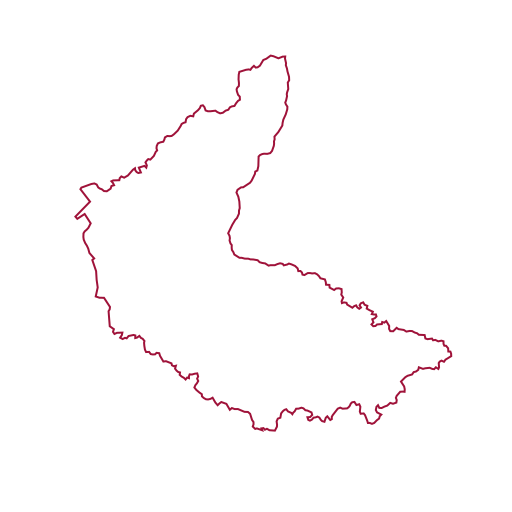 Laguna Carapã, Mato Grosso do Sul, Brazil, rotated 346°
{"feature_id": "56859067B87570138131055", "entity_name": "Laguna Carapã", "entity_type": "district", "adm_level": 2, "iso_a3": "BRA", "parent_name": "Brazil", "parent_adm1": "Mato Grosso do Sul", "projection": "mercator", "projection_center": [-55.09, -22.652], "detail": "fine", "context": "isolated", "style": "outline", "palette": "rose", "viewbox_px": 512, "rotation_deg": 346, "n_neighbors": 0, "source": "geoboundaries", "source_scale": "gbopen_adm2", "svg_char_len": 6105}
<svg xmlns="http://www.w3.org/2000/svg" viewBox="0 0 512 512"><g transform="rotate(346 256 256)"><path d="M421.7,398.0L421.5,395.8L419.5,395.2L420.1,392.0L418.7,389.1L417.0,388.6L416.7,386.6L417.3,384.1L415.4,383.0L412.2,382.9L409.7,380.8L407.4,380.6L406.8,378.7L402.3,378.2L400.4,377.0L400.5,373.5L394.9,371.8L393.7,370.0L391.4,368.6L389.3,366.6L387.0,365.9L383.6,365.7L381.5,363.5L376.5,361.4L375.1,359.7L370.9,362.2L368.1,361.4L367.5,358.9L368.3,356.1L366.6,350.6L364.4,351.7L362.5,350.6L361.6,352.5L356.9,351.7L355.0,352.8L352.8,352.5L351.5,350.3L353.9,348.8L353.5,345.5L356.3,345.1L358.3,343.8L358.2,341.7L356.5,341.4L354.3,340.4L355.9,338.3L353.0,336.0L350.7,333.8L352.0,331.3L349.6,329.6L348.8,326.9L346.2,327.3L344.6,328.9L345.4,331.4L343.4,332.2L341.8,330.3L341.2,328.1L339.1,328.4L337.0,329.5L332.7,325.2L332.5,323.3L330.1,322.3L328.0,322.5L328.1,320.6L330.6,317.4L329.4,314.1L330.4,312.1L331.0,308.8L328.6,307.4L325.9,306.9L323.6,307.9L319.8,304.5L320.2,301.8L317.0,300.8L317.4,298.3L317.2,295.4L313.1,293.2L312.3,290.9L310.9,288.6L309.0,286.9L306.2,286.5L304.3,285.6L302.0,285.1L298.4,286.2L296.6,285.3L296.6,283.1L295.5,281.3L293.4,280.9L293.4,278.1L291.5,275.1L288.4,272.7L286.1,271.3L284.3,271.8L280.7,271.8L280.0,270.1L277.6,268.9L274.9,269.0L272.0,269.5L267.7,268.4L265.9,268.4L263.1,265.4L260.4,264.3L258.0,262.9L256.6,260.5L252.5,258.7L249.7,257.9L248.0,256.8L244.4,255.8L241.7,254.3L239.5,253.7L235.3,249.3L235.0,246.9L234.1,244.3L234.4,242.1L235.1,239.5L234.3,237.7L234.1,234.6L235.0,232.4L235.2,230.0L234.5,227.2L240.6,219.9L244.6,215.9L246.7,214.6L249.7,210.8L250.5,207.8L251.8,205.6L253.0,199.2L253.2,194.2L252.4,189.7L254.1,187.3L258.1,185.8L260.2,186.2L267.9,183.5L270.0,181.8L274.8,176.1L275.7,173.9L278.0,173.4L280.0,169.4L282.6,160.1L284.4,159.0L286.7,158.6L288.6,158.7L291.6,159.6L294.7,159.6L297.0,157.9L299.9,153.5L300.7,151.5L301.2,149.1L302.3,147.3L302.8,144.6L307.6,141.2L313.1,135.8L314.0,133.3L315.5,130.3L319.1,125.8L321.8,121.3L322.6,118.7L321.7,116.1L321.5,114.2L322.8,112.4L324.8,108.4L325.0,106.4L325.8,104.7L327.7,101.8L328.8,95.4L330.7,93.5L331.4,90.1L331.2,84.5L331.4,81.5L331.1,78.1L331.8,76.2L331.9,71.4L332.6,69.5L330.1,69.0L325.6,69.6L321.3,66.4L318.7,65.1L313.8,67.1L310.5,67.6L305.8,72.3L303.2,73.3L301.3,73.1L300.0,71.0L297.3,72.5L295.6,74.0L294.1,73.2L291.3,72.9L284.4,73.3L283.1,75.9L281.8,80.4L281.3,84.1L280.5,86.9L278.6,88.1L277.5,89.5L277.3,91.6L277.6,95.3L278.8,97.4L278.2,100.5L276.1,101.1L273.6,103.0L271.4,105.2L268.7,105.0L266.7,105.4L264.5,107.4L261.7,107.6L258.5,109.0L255.7,108.9L253.3,107.0L251.8,105.2L246.6,104.5L244.3,103.9L242.3,102.6L242.0,99.1L240.9,96.9L238.8,96.9L237.3,98.9L235.0,100.5L230.2,102.8L228.9,105.3L226.2,104.1L223.2,104.7L221.3,106.3L220.0,109.2L217.9,109.3L215.8,109.9L214.3,111.7L210.4,115.4L205.7,118.1L203.2,119.1L201.4,118.9L199.0,118.1L196.3,118.9L195.3,120.8L193.7,122.7L190.7,122.6L188.1,123.0L186.3,125.2L185.5,127.4L185.6,129.7L184.0,130.6L181.1,134.2L176.8,136.9L174.9,135.9L173.2,136.9L171.4,138.4L172.0,141.7L170.9,143.7L169.6,141.6L163.7,141.9L164.5,147.1L161.9,147.0L160.5,145.7L159.6,143.7L159.8,141.6L157.5,142.5L151.2,146.9L147.0,148.1L144.6,146.2L142.6,147.5L141.7,149.4L135.7,148.1L133.8,148.5L134.9,150.6L135.4,153.0L132.7,153.1L131.2,155.5L126.9,157.1L124.2,156.2L122.5,153.9L120.8,152.8L119.5,151.3L118.7,148.1L116.7,146.5L113.6,146.3L103.1,147.4L101.8,148.7L108.1,163.1L90.3,174.1L91.6,176.7L99.9,173.8L103.5,184.3L100.2,188.1L98.1,189.5L95.7,190.7L94.1,192.3L93.1,195.8L92.8,198.4L93.4,202.1L94.4,205.1L95.0,208.2L95.1,212.8L98.4,219.2L96.2,220.3L97.2,232.0L95.6,240.6L94.8,248.2L90.7,256.5L94.0,258.6L98.4,259.8L102.0,270.1L101.1,272.4L99.6,273.9L97.1,288.8L100.4,292.6L98.9,295.0L99.8,297.4L102.5,296.9L107.8,298.0L106.7,300.3L104.4,302.4L106.5,304.3L109.1,303.7L110.6,304.6L113.0,302.8L118.1,303.0L119.7,303.9L119.0,306.4L120.8,306.4L123.5,305.3L124.5,307.6L126.0,308.9L127.2,311.5L126.4,313.1L125.9,316.2L125.6,319.9L126.1,322.6L129.1,323.2L130.1,325.7L132.1,326.6L134.3,327.0L136.1,325.9L138.6,326.9L138.7,329.6L140.6,336.0L143.2,336.3L148.0,339.7L148.0,341.7L149.6,343.1L151.7,343.1L150.2,345.7L151.2,348.0L152.4,349.7L154.1,350.6L153.2,352.8L154.6,354.9L156.6,356.8L157.8,358.8L159.8,357.3L161.4,358.3L161.8,356.5L163.0,354.8L165.2,355.5L168.1,355.4L170.6,355.7L170.7,358.9L169.2,360.8L169.7,363.3L167.9,365.2L165.9,366.7L164.4,368.7L165.7,371.5L168.0,374.7L170.0,377.0L169.6,379.1L171.0,381.2L172.8,382.9L174.8,383.6L177.4,383.6L179.6,383.0L181.1,388.3L182.7,391.5L184.7,390.3L187.0,389.3L191.5,392.3L193.4,398.9L195.8,397.7L198.3,399.4L201.4,400.1L207.1,404.4L210.5,405.4L212.1,407.7L212.5,414.1L213.4,416.5L212.9,418.7L211.6,420.7L213.4,423.6L215.1,423.5L219.9,426.6L219.6,424.6L221.6,424.8L222.6,426.7L224.8,426.3L226.9,428.3L232.1,430.0L235.0,426.7L235.6,424.9L236.0,421.4L237.8,419.1L240.5,418.8L242.3,414.8L244.5,413.1L246.4,412.2L248.3,412.0L249.4,414.5L252.2,416.7L253.0,418.3L254.2,417.0L255.9,416.1L258.0,413.9L260.4,414.4L263.4,414.2L265.2,415.3L266.6,417.6L268.5,418.4L272.0,421.2L272.1,423.8L269.5,425.4L266.9,424.9L267.1,427.7L268.5,428.8L270.6,428.3L272.7,426.8L275.1,427.0L276.8,426.7L278.4,428.1L279.2,430.6L280.2,432.2L282.3,433.4L284.6,429.8L286.4,428.8L288.4,433.1L290.1,432.6L290.6,430.4L291.9,429.0L298.4,423.9L301.0,423.5L303.1,425.1L307.5,425.9L309.2,425.2L310.7,424.1L312.3,422.1L313.9,421.2L316.2,421.4L317.4,424.9L320.3,424.8L320.8,427.5L319.1,432.1L319.4,434.4L322.4,434.8L323.3,436.8L324.1,442.9L324.2,445.1L326.0,445.5L327.9,446.9L330.3,446.6L333.5,444.6L336.1,443.5L337.3,441.4L339.2,440.2L335.6,437.0L335.0,434.4L336.4,431.5L338.3,430.3L338.9,433.2L341.1,433.9L344.2,433.2L347.2,432.9L350.7,431.0L353.2,432.5L356.7,432.2L357.7,429.8L357.4,427.5L358.7,425.7L363.1,422.6L365.7,423.1L367.3,423.7L368.1,421.2L368.2,418.4L366.3,412.9L371.6,409.7L374.1,408.9L378.8,408.7L380.9,406.8L383.3,406.8L385.9,405.7L387.1,403.4L390.7,405.9L393.1,405.9L397.5,406.5L399.7,408.2L401.5,408.9L403.6,407.5L405.6,409.7L406.7,408.3L407.4,404.1L408.7,402.9L410.7,402.4L412.8,404.1L414.8,402.4L421.2,400.4L421.7,398.0Z" fill="none" stroke="#9f1239" stroke-width="2"/></g></svg>